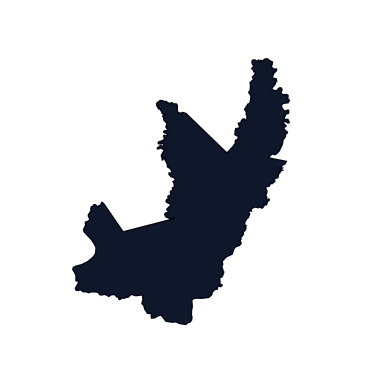 Unión Panamericana ( Animas), Chocó, Colombia, rotated 42°
{"feature_id": "7082276B59837369743013", "entity_name": "Unión Panamericana ( Animas)", "entity_type": "district", "adm_level": 2, "iso_a3": "COL", "parent_name": "Colombia", "parent_adm1": "Chocó", "projection": "robinson", "projection_center": [-76.654, 5.295], "detail": "fine", "context": "isolated", "style": "filled", "palette": "ink", "viewbox_px": 384, "rotation_deg": 42, "n_neighbors": 0, "source": "geoboundaries", "source_scale": "gbopen_adm2", "svg_char_len": 6056}
<svg xmlns="http://www.w3.org/2000/svg" viewBox="0 0 384 384"><g transform="rotate(42 192 192)"><path d="M260.7,224.0L260.7,218.2L261.1,216.5L263.3,211.4L261.0,205.7L261.1,203.2L263.0,199.9L262.9,197.4L259.8,195.6L259.9,194.3L258.4,192.8L258.7,190.8L258.3,188.8L256.9,187.5L257.0,184.8L256.0,182.4L254.4,181.8L254.5,180.9L253.3,181.6L251.3,179.0L250.5,174.9L250.9,173.1L250.4,172.6L250.0,170.8L249.2,169.5L247.7,169.6L247.4,167.8L247.5,167.3L248.8,166.4L247.3,165.7L248.1,162.1L249.4,160.5L251.9,159.2L252.0,157.8L254.6,157.3L255.0,156.2L254.8,154.5L254.4,153.1L253.6,152.4L254.1,152.0L255.3,152.2L255.9,151.6L255.0,150.2L254.6,148.6L253.9,148.2L254.7,147.2L254.8,146.2L253.8,145.8L253.7,147.4L252.2,147.5L250.9,145.8L250.4,146.1L249.1,145.2L248.4,143.3L247.1,141.2L244.4,140.0L243.6,139.1L243.6,138.4L245.4,136.1L244.5,132.8L245.9,132.3L246.4,128.9L246.2,128.4L245.2,128.9L244.4,128.1L245.1,125.3L246.1,124.2L245.5,122.6L244.0,120.8L244.5,119.6L244.4,118.8L243.2,118.9L244.5,115.5L242.7,116.6L243.1,113.9L242.2,114.6L241.2,112.5L241.5,110.7L242.3,108.9L241.6,106.2L225.8,115.6L225.9,110.2L228.6,108.7L229.2,106.7L229.3,103.1L227.1,96.0L224.8,92.5L224.3,88.3L222.7,86.2L223.3,84.2L222.2,83.6L221.1,84.2L220.3,83.7L218.2,83.9L216.9,81.9L217.8,80.7L217.6,80.0L214.4,79.8L213.4,79.3L213.2,78.5L213.7,77.1L216.5,76.7L217.6,75.8L217.7,75.2L214.6,73.9L212.5,76.1L211.2,76.0L209.8,71.8L209.9,70.8L211.0,68.9L209.4,66.9L208.4,66.9L207.9,68.6L206.3,69.9L203.1,69.6L200.7,68.2L200.2,66.8L200.3,65.9L200.7,64.7L203.6,61.4L203.2,59.2L202.5,58.7L200.7,58.7L199.0,56.3L198.2,55.9L196.9,56.6L194.0,59.1L192.4,59.1L191.2,58.0L190.5,55.8L188.8,55.1L187.9,55.5L187.1,56.7L187.2,59.5L186.6,60.8L183.1,62.4L181.8,61.2L181.7,56.7L180.5,53.7L180.6,52.8L178.7,51.6L176.1,53.4L174.9,53.0L173.2,48.8L173.6,46.0L172.8,44.3L172.2,44.2L171.3,45.7L168.0,46.2L166.8,45.4L165.9,43.0L164.7,41.6L161.9,42.5L158.8,42.6L157.2,44.6L156.5,48.8L155.4,48.0L155.0,48.3L155.0,50.6L154.4,50.7L153.6,49.5L153.2,49.5L153.2,51.3L150.4,51.8L149.0,53.3L148.9,54.1L149.8,55.4L151.1,56.4L153.9,57.0L153.8,60.2L156.5,60.4L157.5,61.2L158.2,60.2L159.3,60.4L159.4,61.5L160.1,62.6L160.0,66.1L161.1,66.6L161.9,65.4L162.6,65.6L162.0,71.9L164.3,73.6L167.4,77.7L167.8,78.7L167.3,79.6L167.5,80.0L171.2,80.9L172.8,82.6L174.7,85.3L175.6,87.6L174.7,89.7L175.5,90.5L175.0,92.0L175.7,92.7L175.7,95.3L178.9,96.1L180.5,98.2L182.3,98.6L182.7,99.7L183.6,100.6L183.9,102.0L184.4,102.5L184.3,103.4L183.4,103.5L182.1,102.7L180.9,104.1L181.1,106.2L182.2,108.1L180.9,109.2L180.6,110.0L184.7,112.2L182.2,115.7L182.8,116.3L183.1,117.8L184.7,118.6L184.7,119.9L185.8,120.6L189.4,119.6L190.3,121.2L190.6,122.7L189.8,124.5L192.2,128.0L191.8,128.9L192.1,129.1L191.9,139.7L135.0,137.7L132.0,139.1L130.9,141.2L128.2,142.3L126.7,141.6L123.1,137.6L121.7,137.0L119.5,138.8L117.2,139.2L116.3,141.1L114.1,141.9L112.4,142.0L110.9,143.3L108.8,144.0L107.1,145.5L106.5,148.9L106.7,150.2L107.6,151.1L111.7,152.5L112.3,152.2L112.3,151.5L111.7,150.8L109.8,150.4L109.6,149.6L109.9,148.9L110.8,148.7L112.5,149.3L114.1,152.2L115.6,152.5L117.1,153.5L118.2,153.2L119.6,151.8L120.6,151.7L120.7,152.4L119.3,154.2L119.6,155.2L121.1,155.6L123.0,157.3L127.4,157.7L128.1,158.3L128.9,160.7L129.4,161.3L132.8,162.0L132.8,163.2L130.7,164.7L130.6,166.0L131.1,166.4L134.4,165.5L135.2,165.6L135.5,166.3L135.3,168.0L133.7,168.2L133.3,169.0L133.7,169.7L135.6,170.3L136.1,171.7L136.1,172.5L134.8,175.4L133.8,176.8L134.0,178.1L134.6,178.5L135.3,178.2L136.9,176.8L138.0,174.9L138.8,175.2L139.8,176.6L139.6,178.1L138.2,178.3L137.4,178.8L137.4,180.5L136.8,182.2L137.2,182.9L137.9,182.8L139.7,179.8L141.4,179.7L143.3,178.8L143.7,179.4L143.7,181.1L144.8,185.4L147.8,187.3L148.3,188.0L148.7,187.6L148.3,184.8L149.3,184.4L150.1,186.0L154.5,187.5L157.1,189.7L160.5,188.9L163.8,190.7L164.0,191.8L162.3,193.1L163.0,194.2L166.1,194.6L168.3,193.4L171.3,193.7L171.7,195.1L171.0,197.0L172.6,197.4L175.4,199.7L175.4,200.5L174.7,201.9L176.4,203.7L175.8,205.1L175.9,206.3L176.6,207.0L177.7,207.0L178.0,207.6L177.9,209.3L177.0,211.0L178.0,212.4L179.4,212.9L179.3,213.6L178.3,214.6L178.9,216.2L179.8,216.5L182.2,216.0L183.3,215.1L185.1,216.4L184.8,221.5L185.3,222.0L187.1,221.9L187.7,222.7L187.5,223.8L186.4,225.5L186.8,227.0L189.5,227.9L191.8,226.9L193.6,226.7L194.4,224.7L195.6,224.3L195.8,223.5L196.0,223.9L196.1,224.6L167.5,267.8L134.6,259.9L132.2,259.8L132.1,260.6L132.9,263.3L132.0,264.6L131.8,265.9L130.9,266.4L128.7,266.1L128.1,266.8L128.3,267.9L127.6,267.8L128.1,269.2L127.1,270.2L128.5,272.8L129.3,273.0L129.8,273.7L129.7,275.3L130.3,276.5L130.1,277.4L130.5,278.5L131.3,279.3L134.7,280.6L134.2,283.8L133.0,285.8L135.2,287.7L136.6,292.4L137.7,293.3L139.2,293.8L149.1,294.6L153.9,295.8L158.0,297.5L161.1,301.5L161.9,303.7L162.1,307.5L161.1,313.8L158.7,319.9L155.3,325.0L155.4,326.2L154.5,326.7L154.4,327.5L155.3,329.3L159.3,330.5L162.0,331.9L165.1,335.5L167.5,334.4L168.8,335.9L168.7,337.2L169.4,337.7L169.2,338.5L169.8,341.5L170.9,342.3L171.8,342.4L173.4,341.1L174.4,339.1L177.7,339.0L180.3,336.7L182.4,336.1L184.1,333.2L188.4,329.8L190.0,329.4L192.2,330.0L193.7,328.9L195.9,326.1L200.0,325.2L200.9,322.0L203.2,319.9L206.4,320.2L208.2,319.3L209.2,320.5L210.1,320.4L211.3,317.0L212.9,316.1L213.2,314.3L214.8,313.2L215.2,309.5L215.7,308.4L219.5,306.7L224.1,301.5L227.7,304.9L229.5,308.4L232.2,308.5L235.2,310.6L238.6,311.3L239.9,312.0L241.7,310.7L242.4,309.2L243.2,309.3L244.3,311.1L246.3,312.7L248.4,310.5L249.5,306.7L251.1,304.5L252.5,304.2L259.0,305.4L264.3,302.0L266.7,299.4L268.4,298.6L270.4,298.2L275.6,294.8L276.1,294.1L276.3,291.9L277.5,290.0L277.3,287.4L275.4,284.8L274.0,284.1L271.0,280.6L268.9,277.1L264.3,272.7L264.1,271.6L264.6,269.9L266.0,268.1L270.4,264.3L274.9,259.1L275.4,255.4L274.1,253.0L274.1,249.0L275.6,247.5L275.6,246.9L274.7,246.2L274.5,245.5L275.0,243.6L276.2,243.4L276.6,243.0L276.8,241.4L276.7,241.1L275.0,241.5L274.0,241.3L269.7,237.0L271.0,235.3L270.6,234.6L270.8,233.8L270.1,233.5L270.2,232.1L269.6,232.0L269.2,230.3L268.4,230.5L267.9,229.8L264.1,227.7L263.0,225.0L261.8,224.1L260.7,224.0Z" fill="#0f172a" stroke="#020617" stroke-width="1.5"/></g></svg>